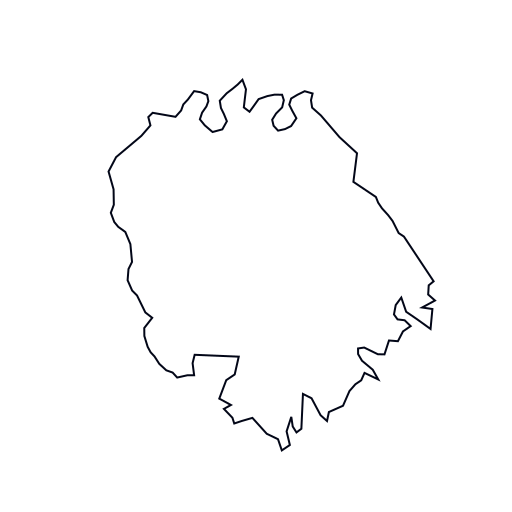 Charrua, Rio Grande do Sul, Brazil (Albers equal-area conic projection), rotated 56°
{"feature_id": "56859067B76917344128556", "entity_name": "Charrua", "entity_type": "district", "adm_level": 2, "iso_a3": "BRA", "parent_name": "Brazil", "parent_adm1": "Rio Grande do Sul", "projection": "albers", "projection_center": [-52.001, -27.948], "detail": "fine", "context": "isolated", "style": "outline", "palette": "ink", "viewbox_px": 512, "rotation_deg": 56, "n_neighbors": 0, "source": "geoboundaries", "source_scale": "gbopen_adm2", "svg_char_len": 1929}
<svg xmlns="http://www.w3.org/2000/svg" viewBox="0 0 512 512"><g transform="rotate(56 256 256)"><path d="M376.3,122.9L322.6,122.5L316.8,124.9L303.4,123.2L296.0,123.6L287.0,124.9L280.1,124.9L274.1,123.6L249.0,133.8L227.3,114.8L204.3,120.3L175.8,123.6L164.4,126.5L157.6,123.3L152.9,118.2L146.6,123.5L145.5,131.5L145.1,138.8L149.1,143.8L155.6,144.7L164.4,145.5L167.9,154.2L167.0,161.0L164.4,167.6L157.9,168.6L152.1,166.4L149.1,159.7L147.4,151.2L142.4,145.8L136.9,144.2L132.6,150.4L129.8,157.1L127.4,166.1L130.6,174.6L132.8,180.7L126.0,183.0L118.9,176.9L112.2,171.1L102.3,168.7L103.6,175.3L104.3,182.4L104.7,189.3L107.0,199.2L113.7,202.3L120.2,203.2L128.0,204.8L132.2,213.1L128.9,222.7L119.0,225.4L111.3,226.1L107.0,220.5L104.3,213.5L101.0,208.9L95.2,206.5L89.4,210.2L84.7,215.1L88.2,225.0L89.7,231.5L93.5,236.7L95.6,244.9L79.5,261.6L80.6,267.6L88.7,270.5L92.3,283.9L95.8,316.7L103.5,331.0L121.1,336.8L134.0,345.2L139.0,352.2L148.6,354.5L154.8,353.9L163.0,350.9L175.9,353.5L191.6,362.1L195.5,369.0L204.3,376.0L215.4,378.0L222.2,376.7L240.9,379.3L249.2,376.6L253.2,388.9L259.9,393.3L270.7,396.6L276.9,397.2L282.5,396.3L291.3,396.5L300.6,394.3L306.0,390.3L312.7,389.3L316.5,379.6L320.3,374.0L309.4,368.5L303.6,362.1L329.8,326.6L342.3,339.9L342.3,350.1L353.7,366.2L365.5,360.1L364.8,368.1L376.9,366.0L382.7,367.7L384.8,360.1L388.2,349.5L409.4,346.5L420.2,340.2L431.6,343.3L431.6,333.6L418.5,328.7L409.1,316.7L417.9,320.9L424.9,321.1L424.6,315.0L396.6,294.2L405.0,289.5L424.1,291.5L432.5,289.4L426.1,282.8L428.8,267.6L420.2,254.0L417.9,245.3L417.9,238.3L413.6,231.4L426.7,223.7L415.6,222.8L402.1,226.7L394.4,226.2L389.7,223.1L392.4,217.5L405.6,209.9L409.4,204.5L400.4,193.0L406.0,186.0L400.7,176.3L400.6,167.0L392.4,168.7L387.7,174.1L381.6,174.3L374.8,167.6L371.7,158.8L386.2,162.7L398.6,157.8L414.1,152.1L398.6,139.4L391.6,147.1L393.0,132.5L384.2,134.8L376.9,129.2L376.3,122.9Z" fill="none" stroke="#020617" stroke-width="2"/></g></svg>